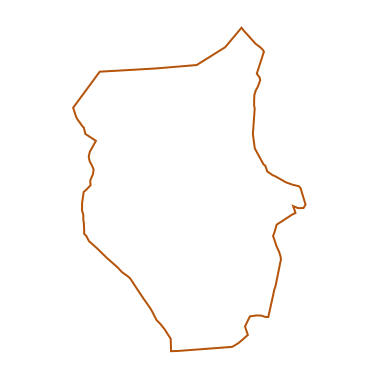 Santo Domingo Ixcatlán, Oaxaca, Mexico, rotated 354°
{"feature_id": "50627088B6821892138285", "entity_name": "Santo Domingo Ixcatlán", "entity_type": "district", "adm_level": 2, "iso_a3": "MEX", "parent_name": "Mexico", "parent_adm1": "Oaxaca", "projection": "orthographic", "projection_center": [-97.522, 16.909], "detail": "fine", "context": "isolated", "style": "outline", "palette": "amber", "viewbox_px": 384, "rotation_deg": 354, "n_neighbors": 0, "source": "geoboundaries", "source_scale": "gbopen_adm2", "svg_char_len": 1613}
<svg xmlns="http://www.w3.org/2000/svg" viewBox="0 0 384 384"><g transform="rotate(354 192 192)"><path d="M258.4,33.8L240.1,51.5L209.9,66.2L167.6,65.3L112.8,62.7L82.6,95.8L84.7,105.5L86.1,108.6L87.5,110.9L89.9,115.2L91.2,116.7L91.5,119.4L91.8,121.4L91.9,123.0L101.8,131.1L94.6,141.3L93.0,146.0L93.2,149.0L93.6,151.2L95.1,154.8L96.5,159.1L95.5,163.6L92.0,169.9L91.9,172.2L91.8,174.7L87.2,178.6L84.3,180.6L81.6,191.3L80.7,198.5L81.5,203.3L81.0,208.6L81.2,210.9L80.8,218.4L80.4,222.3L82.2,224.5L84.4,230.1L91.7,238.1L100.1,248.3L110.2,259.3L113.9,264.3L119.5,269.3L121.2,271.1L122.3,273.1L123.6,275.6L127.5,283.2L132.7,293.1L138.4,303.3L139.4,305.5L143.3,315.6L146.6,319.7L150.8,326.3L152.7,330.3L155.5,335.7L154.5,348.1L160.9,348.6L215.8,350.2L222.3,347.2L228.1,343.2L232.6,340.0L232.2,338.1L231.0,332.9L230.7,331.2L235.4,323.6L236.7,321.7L243.3,321.5L247.8,322.1L252.4,324.1L254.8,324.3L259.6,310.0L261.7,303.7L263.6,297.8L265.2,294.4L269.2,281.7L272.6,270.8L273.4,268.6L273.3,265.3L272.4,260.7L270.4,254.8L268.8,247.5L268.0,244.3L269.8,240.7L272.8,233.3L289.3,224.9L292.7,223.7L292.3,221.6L291.1,216.6L292.2,217.2L294.3,218.3L295.4,218.9L296.5,219.2L301.2,219.6L303.6,216.4L300.4,199.6L299.0,197.5L292.7,195.2L287.2,192.6L286.0,191.9L278.1,186.2L275.4,184.4L274.2,183.9L269.0,179.4L267.6,173.5L266.0,172.0L259.0,155.2L258.6,140.8L263.1,115.4L262.8,112.7L263.3,108.0L264.2,101.9L266.1,97.5L268.3,94.5L271.5,87.9L271.2,85.1L268.8,81.1L278.2,60.0L277.2,57.9L275.3,55.5L270.5,51.0L269.2,49.1L266.6,45.5L263.4,41.1L260.2,36.8L259.7,35.9L259.0,34.6L258.4,33.8Z" fill="none" stroke="#b45309" stroke-width="2"/></g></svg>